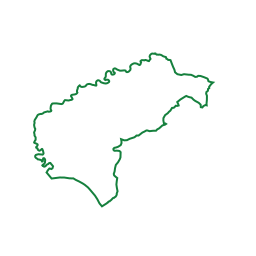 the district of Socol, Caras-Severin, Romania, rotated 335°
{"feature_id": "2599482B21362983579881", "entity_name": "Socol", "entity_type": "district", "adm_level": 2, "iso_a3": "ROU", "parent_name": "Romania", "parent_adm1": "Caras-Severin", "projection": "equal_earth", "projection_center": [21.423, 44.831], "detail": "fine", "context": "isolated", "style": "outline", "palette": "green", "viewbox_px": 256, "rotation_deg": 335, "n_neighbors": 0, "source": "geoboundaries", "source_scale": "gbopen_adm2", "svg_char_len": 5649}
<svg xmlns="http://www.w3.org/2000/svg" viewBox="0 0 256 256"><g transform="rotate(335 128 128)"><path d="M224.3,122.7L223.3,122.0L222.4,121.3L221.5,120.5L220.7,119.6L221.0,117.4L220.7,116.6L218.3,114.0L215.7,111.5L213.7,110.4L212.2,110.7L210.5,110.1L209.2,108.2L207.6,106.4L205.6,105.4L201.5,102.9L198.7,102.5L195.5,100.1L194.2,97.4L194.7,94.7L194.7,91.6L194.9,88.5L195.2,84.5L194.7,84.0L193.9,83.7L193.4,83.4L193.0,83.0L192.9,82.4L192.0,81.3L192.2,80.7L192.4,80.0L192.1,79.5L191.3,78.9L190.0,77.6L189.6,76.8L188.7,75.6L187.3,74.6L186.8,74.5L186.4,74.4L185.8,73.9L185.3,73.8L185.0,73.6L184.4,72.6L184.4,72.1L183.9,71.8L183.5,72.0L181.3,70.7L180.0,70.8L178.6,71.4L177.7,72.5L177.6,74.9L175.6,75.9L175.3,76.2L174.7,75.9L174.5,75.7L174.3,75.3L172.7,73.8L172.3,73.6L171.4,73.6L170.2,72.8L168.9,72.3L167.6,72.7L167.5,72.8L167.4,73.3L167.6,74.0L166.1,75.6L165.5,75.8L165.1,75.8L165.0,75.7L164.8,75.6L163.7,74.0L163.1,73.3L161.7,72.3L160.9,72.0L160.3,71.9L158.8,71.9L157.5,72.2L157.0,72.4L156.5,72.7L156.2,73.1L155.9,73.3L155.7,73.8L155.6,74.6L155.5,75.1L154.7,76.3L153.3,76.9L152.4,77.2L151.7,77.2L150.8,77.0L150.5,76.8L150.3,76.5L150.1,76.2L150.1,75.9L150.0,75.1L150.0,74.9L149.3,74.4L148.7,74.1L145.9,73.1L145.0,72.7L142.9,70.5L141.9,68.9L141.7,68.7L141.0,68.3L140.4,68.3L139.7,68.4L139.3,68.8L138.9,69.4L138.7,70.1L138.6,71.1L138.8,71.5L139.3,72.2L139.3,72.6L139.2,72.8L138.6,73.2L138.0,73.4L137.2,73.3L136.5,73.1L135.9,72.6L135.8,72.4L135.8,72.2L135.8,71.6L136.0,70.9L136.1,70.1L135.9,69.4L135.7,69.1L134.7,68.3L133.9,68.0L133.5,68.0L132.6,68.2L131.6,68.7L130.7,69.7L130.0,71.2L129.5,72.1L128.9,72.5L127.8,73.1L127.5,73.3L127.3,73.6L127.3,74.2L127.7,74.9L127.9,75.1L128.9,75.1L130.2,75.8L130.4,76.0L130.7,76.6L130.8,77.1L130.8,77.5L130.6,77.9L130.4,78.1L130.2,78.3L129.3,78.5L128.2,78.6L127.1,78.4L126.5,78.2L125.0,77.2L123.1,75.4L122.8,75.0L122.6,74.3L122.4,73.6L122.2,73.1L121.5,72.4L121.1,72.1L120.5,72.0L119.6,72.2L119.1,72.4L118.5,72.9L118.1,73.6L117.5,75.7L117.3,76.0L117.0,76.1L116.4,75.7L115.0,74.5L114.0,73.9L112.8,72.6L111.8,71.8L111.0,71.5L110.5,71.3L109.2,71.2L108.5,71.4L107.9,71.8L107.1,72.1L106.3,72.1L105.7,72.0L104.0,71.5L103.1,71.0L102.5,70.2L102.3,69.6L102.3,69.0L102.2,68.9L101.0,69.3L99.8,69.9L99.6,70.1L99.2,70.9L97.9,72.2L97.3,73.0L97.1,73.7L97.1,74.5L96.7,74.8L95.6,75.2L94.8,75.2L94.1,75.1L91.4,74.3L90.6,74.3L90.1,74.6L89.9,74.8L89.8,75.2L90.0,76.4L90.0,78.3L89.9,78.4L89.2,78.6L88.7,78.6L87.2,78.2L85.9,78.0L84.8,77.4L82.9,76.2L82.7,76.1L82.1,76.3L81.7,76.5L79.4,78.2L79.0,78.3L78.1,78.3L77.5,78.0L73.8,75.6L71.2,74.4L70.2,74.0L69.7,73.9L69.3,74.0L68.8,74.4L67.9,74.9L67.3,75.6L66.6,76.7L66.0,77.7L65.8,78.6L65.9,79.7L65.7,80.0L65.4,80.2L64.6,80.2L63.5,79.9L63.1,79.8L62.3,79.0L60.4,78.7L58.5,78.4L58.2,78.5L57.1,78.8L56.1,78.8L55.4,78.7L55.0,78.4L54.7,78.3L53.1,78.0L52.4,78.0L51.7,78.1L51.3,78.3L49.6,79.6L46.9,81.3L45.8,82.6L45.7,82.9L45.6,83.6L45.5,83.9L44.4,85.2L44.1,85.8L43.6,87.7L43.5,88.8L43.6,89.4L43.5,89.7L42.7,90.9L41.8,91.6L41.0,92.4L40.5,94.5L40.1,95.3L40.1,95.9L40.3,97.1L40.3,97.5L39.6,99.0L39.3,99.6L39.1,99.8L38.4,100.1L37.8,100.6L36.9,101.3L36.8,101.5L36.9,101.9L38.1,103.2L38.6,103.7L38.8,104.1L39.1,104.6L39.1,104.8L39.0,105.1L38.6,105.6L37.5,106.2L36.7,106.5L36.5,107.0L37.3,108.2L37.4,108.4L37.1,109.1L37.1,109.6L37.7,110.7L38.0,111.0L38.3,111.2L39.3,111.1L39.9,111.0L40.9,110.6L41.1,110.6L41.3,110.7L41.4,110.9L41.4,111.2L41.3,112.9L40.8,115.2L40.3,115.7L39.8,116.0L39.2,116.0L38.4,115.4L37.0,114.7L36.2,114.1L35.7,113.9L33.5,113.5L33.1,113.5L32.7,113.7L32.0,114.2L31.8,114.7L31.7,115.0L31.7,115.4L32.0,116.4L32.7,117.4L33.0,118.3L34.0,118.9L34.8,119.6L35.5,120.1L35.7,120.3L35.8,120.5L35.9,121.0L35.9,121.8L35.9,122.0L36.1,122.1L36.4,122.2L36.7,122.1L38.1,119.9L38.3,119.7L38.8,119.7L39.0,119.8L39.3,120.1L39.4,120.4L39.5,121.0L39.5,121.5L39.4,122.1L38.8,123.0L38.2,124.1L37.5,124.7L36.7,125.1L35.0,125.4L34.6,125.7L34.7,125.9L34.7,126.4L35.4,126.8L35.6,127.6L36.4,127.8L37.1,127.5L37.9,127.5L38.2,127.1L39.1,126.9L40.6,126.9L41.5,126.5L42.4,126.6L42.9,126.9L42.9,127.5L43.3,128.6L43.9,131.0L42.5,132.6L41.2,132.8L39.9,131.6L39.6,131.5L37.0,132.7L36.4,133.3L35.4,133.9L37.4,141.5L45.2,144.0L49.2,145.9L53.9,149.0L57.2,150.6L58.7,152.9L61.1,155.8L63.5,159.1L64.8,161.2L66.6,164.9L67.4,167.5L69.5,175.3L70.1,179.6L70.3,184.3L71.3,188.0L76.8,187.3L77.5,187.1L78.0,187.1L78.3,187.0L78.4,186.8L79.2,186.6L79.9,186.5L80.4,186.7L81.1,186.4L82.2,186.2L84.7,185.2L85.5,185.2L85.9,185.4L86.7,185.1L87.7,185.0L88.9,184.3L89.7,183.5L90.1,182.6L91.8,180.9L92.6,177.6L93.6,174.3L95.3,171.5L97.1,168.8L96.2,167.0L95.4,165.1L95.7,163.6L97.5,161.7L99.3,158.9L101.4,156.3L104.4,154.9L107.4,152.8L108.7,151.5L111.1,146.8L110.6,145.3L109.5,144.5L108.4,143.9L106.0,142.8L105.6,141.6L106.0,140.7L107.2,140.2L108.9,140.6L110.6,140.8L111.5,140.8L114.2,140.4L115.7,139.0L116.5,137.2L117.0,135.2L119.4,137.6L121.9,138.6L125.0,138.5L129.6,139.1L131.1,138.9L132.5,138.4L134.4,139.3L139.1,138.2L141.3,138.2L143.6,138.0L144.6,138.5L146.2,140.0L149.3,141.0L152.3,142.3L153.9,141.6L156.0,141.5L160.3,140.2L162.9,140.6L164.2,140.4L163.8,139.7L162.5,139.1L163.2,136.2L164.3,134.0L167.1,132.0L170.3,131.4L172.0,130.6L173.7,130.2L176.4,128.4L178.0,129.0L179.4,128.6L180.7,128.0L181.9,128.8L183.4,129.0L183.6,127.7L183.6,125.3L187.6,124.3L193.4,123.6L194.4,123.6L195.3,124.7L196.2,125.6L197.3,126.5L198.4,127.3L199.4,130.1L200.4,131.9L202.7,135.0L203.7,137.5L202.8,139.9L204.1,140.8L205.6,140.0L207.9,139.9L208.9,140.7L209.4,139.2L211.3,136.0L212.9,132.7L213.2,132.0L213.3,130.0L214.2,128.6L216.2,128.0L217.0,126.5L218.5,126.2L218.9,125.0L220.2,124.3L221.9,123.4L224.3,122.7Z" fill="none" stroke="#15803d" stroke-width="2"/></g></svg>